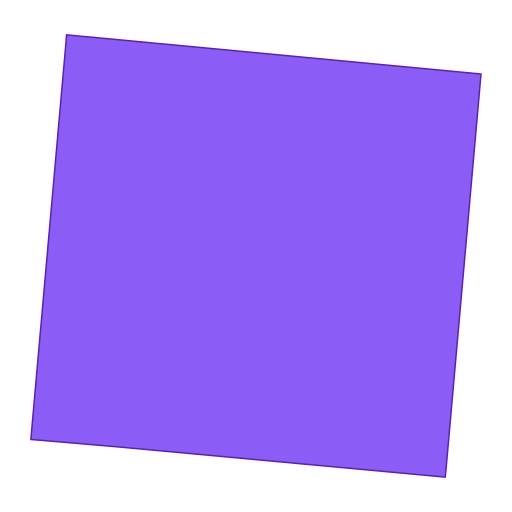 Osborne, Kansas, United States of America (Equal Earth projection), rotated 95°
{"feature_id": "52423323B57783119458523", "entity_name": "Osborne", "entity_type": "district", "adm_level": 2, "iso_a3": "USA", "parent_name": "United States of America", "parent_adm1": "Kansas", "projection": "equal_earth", "projection_center": [-98.768, 39.35], "detail": "fine", "context": "isolated", "style": "filled", "palette": "violet", "viewbox_px": 512, "rotation_deg": 95, "n_neighbors": 0, "source": "geoboundaries", "source_scale": "gbopen_adm2", "svg_char_len": 258}
<svg xmlns="http://www.w3.org/2000/svg" viewBox="0 0 512 512"><g transform="rotate(95 256 256)"><path d="M55.1,47.7L52.2,464.0L59.6,463.9L458.4,464.3L458.2,380.9L459.8,48.2L446.8,48.1L55.1,47.7Z" fill="#8b5cf6" stroke="#5b21b6" stroke-width="1.5"/></g></svg>